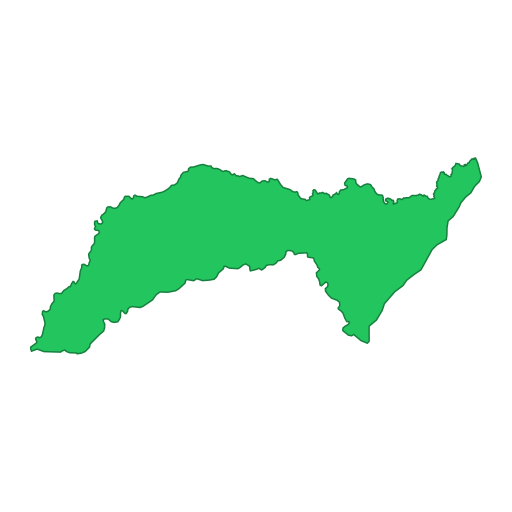 San Ramon, Canelones, Uruguay
{"feature_id": "84410073B4284999044109", "entity_name": "San Ramon", "entity_type": "district", "adm_level": 2, "iso_a3": "URY", "parent_name": "Uruguay", "parent_adm1": "Canelones", "projection": "orthographic", "projection_center": [-55.941, -34.32], "detail": "fine", "context": "isolated", "style": "filled", "palette": "green", "viewbox_px": 512, "rotation_deg": 0, "n_neighbors": 0, "source": "geoboundaries", "source_scale": "gbopen_adm2", "svg_char_len": 6037}
<svg xmlns="http://www.w3.org/2000/svg" viewBox="0 0 512 512"><path d="M475.6,158.2L474.8,158.9L474.3,158.2L473.9,158.3L473.4,159.4L472.1,158.8L469.7,161.3L469.1,162.7L467.7,163.2L466.6,165.3L465.7,165.5L465.3,164.5L464.3,164.8L464.4,165.9L463.9,166.4L461.1,165.9L459.6,164.9L459.1,164.0L456.0,163.4L455.1,165.7L452.5,167.8L452.4,168.6L452.0,168.8L452.4,169.1L452.5,170.0L451.9,173.9L451.0,174.5L451.2,175.6L450.7,176.5L448.9,176.6L447.7,175.5L446.6,175.1L446.0,174.3L444.5,174.3L444.2,173.8L444.3,172.7L443.2,171.8L442.6,172.4L441.6,172.0L440.5,172.6L440.0,174.4L439.0,176.5L439.1,177.7L438.2,178.5L438.2,180.1L436.6,182.2L437.0,184.9L436.6,186.2L437.4,186.7L437.7,187.6L437.4,188.3L436.1,189.0L436.1,189.7L434.9,190.7L434.7,192.1L433.5,194.1L434.3,195.3L433.8,196.4L434.7,198.0L434.4,198.5L430.6,199.4L429.5,199.2L427.7,197.7L427.4,196.4L426.1,196.3L424.1,195.0L423.1,196.1L421.2,194.7L419.5,194.2L418.2,195.1L415.9,195.6L412.0,195.5L409.5,197.4L408.5,197.8L406.1,197.7L405.0,198.2L403.8,197.9L402.0,199.6L400.7,199.0L398.3,198.8L397.6,199.2L397.2,200.3L397.2,202.7L393.6,204.1L393.2,203.5L393.8,202.1L393.4,200.5L392.9,200.2L391.9,200.4L390.4,198.9L388.0,198.2L386.2,198.7L385.4,200.2L385.7,200.8L387.8,201.8L387.9,202.3L387.5,203.2L386.2,204.2L385.0,203.7L383.3,201.2L383.1,197.2L382.5,195.5L381.9,195.1L378.5,194.9L376.5,193.7L374.7,191.2L374.1,189.1L371.7,186.6L370.7,184.8L369.0,184.1L367.1,183.9L364.1,184.9L361.0,186.9L359.8,186.7L356.4,183.7L355.8,182.5L355.6,179.9L354.0,179.0L349.3,178.3L347.7,178.7L344.6,183.1L345.1,185.4L347.2,186.0L347.4,187.7L343.6,189.7L340.7,190.0L339.3,191.8L339.2,193.5L338.6,194.3L337.6,194.1L336.4,192.7L335.5,193.9L333.1,195.0L332.5,196.6L330.8,197.6L330.1,197.1L329.2,195.0L326.2,193.3L324.6,193.6L322.6,192.4L321.0,193.1L319.5,192.9L318.7,193.7L317.7,193.8L315.2,190.1L314.0,189.7L312.9,190.7L313.3,192.2L312.5,193.5L312.9,195.0L312.6,195.7L309.7,197.2L309.5,197.7L309.9,199.1L309.5,199.7L306.7,200.5L306.1,200.4L304.9,199.2L301.9,198.9L300.4,198.1L298.1,194.9L297.8,192.9L297.2,191.9L296.4,191.7L295.1,192.2L292.5,191.5L291.0,190.2L288.9,189.2L283.1,187.5L280.6,184.6L278.0,180.2L277.0,179.2L275.1,179.9L270.7,178.4L269.3,179.2L269.2,181.4L268.5,182.1L266.6,181.8L265.7,181.0L264.0,180.7L261.7,181.3L260.1,182.8L258.9,182.9L256.9,181.8L253.3,178.6L249.2,178.3L242.7,175.5L239.5,176.6L238.6,176.0L236.1,175.7L234.4,173.8L232.2,174.9L230.7,173.8L229.9,172.4L228.8,171.5L227.9,171.5L226.5,170.7L224.5,170.9L223.3,171.5L221.8,171.1L220.4,169.9L218.3,168.9L216.2,168.4L214.4,168.7L212.8,168.1L211.6,167.4L211.2,166.2L210.7,166.0L208.3,166.1L203.1,164.5L200.0,165.0L193.2,167.1L190.6,167.1L188.7,168.6L188.4,169.3L188.6,170.3L188.0,171.3L183.4,172.4L181.1,175.0L180.4,177.4L179.1,178.9L177.3,182.8L174.8,184.9L171.4,185.4L169.9,187.4L167.8,189.1L164.3,191.3L161.9,192.3L156.2,193.5L152.9,195.2L151.1,195.2L146.4,197.4L144.6,197.7L142.5,196.7L136.8,196.3L135.5,195.2L134.8,195.2L133.8,195.9L133.3,198.2L131.8,199.0L128.8,196.3L125.4,196.3L124.7,196.7L123.5,199.7L120.3,202.7L119.0,205.3L117.2,207.6L115.0,208.3L112.8,208.1L110.6,206.9L109.6,206.8L107.9,207.0L107.0,207.5L106.1,209.9L106.2,211.0L104.4,213.3L101.8,215.3L100.8,217.1L100.8,218.1L102.6,221.5L102.6,222.6L102.2,223.2L100.9,224.0L98.5,223.7L97.8,223.0L97.3,220.9L94.9,221.3L94.5,222.8L94.7,225.0L95.6,226.7L94.6,228.3L94.5,229.2L95.5,230.1L98.5,230.5L99.0,230.9L99.2,232.6L98.9,233.5L95.1,236.1L94.6,237.2L94.6,241.9L94.3,243.6L92.2,245.8L91.3,247.7L91.5,249.2L91.0,250.9L88.9,253.6L88.7,255.2L89.3,258.5L90.3,260.1L89.1,262.9L88.8,264.7L88.2,265.6L87.5,265.8L86.6,265.7L83.8,264.2L82.1,264.6L81.7,265.5L81.7,267.7L80.3,271.0L79.2,279.0L76.3,283.4L75.3,283.8L74.6,283.3L73.8,281.6L73.0,281.5L71.6,283.6L70.4,286.6L69.1,286.6L66.9,288.6L63.7,290.6L61.7,293.3L59.7,293.7L57.1,293.0L55.3,293.4L54.5,294.1L53.9,295.1L54.1,300.8L53.8,301.6L52.1,303.4L50.4,306.7L50.3,308.9L49.4,310.1L47.4,311.6L45.3,311.7L43.6,310.7L42.6,311.4L42.2,314.4L43.3,316.0L45.0,322.9L44.8,325.4L44.0,327.2L42.5,334.2L41.6,336.2L40.7,337.3L39.6,337.6L37.8,337.0L36.2,337.6L35.7,338.4L35.7,339.4L36.8,341.5L36.5,342.9L30.7,347.1L30.8,349.2L31.5,351.2L37.1,349.1L44.0,351.6L60.4,352.1L62.5,350.8L64.9,350.0L66.4,351.5L69.6,352.7L76.5,353.0L77.1,353.8L81.1,353.2L85.1,351.6L89.5,347.2L90.1,344.0L99.7,334.4L103.6,331.1L104.6,327.8L104.7,323.9L103.6,321.9L103.2,319.6L104.5,319.0L106.6,318.9L108.2,319.1L111.3,321.7L114.0,322.4L117.8,321.8L119.5,319.2L120.5,316.8L120.5,313.1L121.1,310.7L122.6,310.8L124.8,313.4L126.2,313.6L127.5,311.5L128.0,308.9L129.9,307.2L132.4,306.6L140.1,307.5L142.7,306.5L152.4,300.0L156.1,294.8L159.9,292.0L168.0,292.2L175.8,290.7L178.8,288.8L185.0,283.2L185.8,280.0L187.4,279.6L193.7,280.7L196.8,278.7L202.5,280.6L208.5,280.2L214.0,279.3L216.6,276.8L218.5,273.0L223.3,268.8L224.2,266.3L225.6,266.3L229.3,268.1L237.8,268.7L239.6,267.8L243.3,264.8L246.0,263.9L249.7,266.5L249.9,269.7L250.4,270.9L256.4,269.4L258.8,268.3L261.7,270.0L265.1,267.5L266.3,265.5L269.0,264.7L273.4,264.8L275.9,263.2L277.7,260.9L280.6,260.3L284.1,257.4L285.8,254.0L285.8,252.0L287.8,250.4L292.0,250.9L293.8,252.5L294.3,254.3L295.5,254.6L298.3,253.3L306.7,252.8L307.5,254.0L307.5,256.5L308.0,257.2L313.3,257.9L313.9,258.9L314.5,261.3L317.0,264.9L317.7,267.2L319.5,268.8L319.4,270.0L316.4,272.8L316.8,276.4L318.6,278.9L319.5,281.4L320.1,285.1L321.4,285.8L325.9,282.0L327.6,282.8L328.0,284.9L327.6,286.6L325.3,288.7L325.6,291.3L328.6,295.4L331.6,298.2L337.2,300.3L339.4,302.2L339.8,304.3L339.5,306.4L338.2,307.8L338.4,309.1L340.7,310.7L342.9,313.0L344.9,318.3L346.9,321.7L348.7,321.5L349.4,322.6L348.2,324.5L345.3,326.1L343.0,328.0L342.8,330.6L348.3,335.1L351.6,335.8L353.7,334.5L361.0,340.6L367.3,343.2L369.1,341.3L369.1,326.2L376.4,320.1L382.2,310.4L384.4,303.7L394.9,291.6L402.9,285.7L406.8,280.1L414.5,274.2L421.0,269.8L432.1,249.6L437.0,244.8L446.3,239.5L446.9,234.6L447.0,227.8L448.1,220.9L453.1,216.6L459.1,207.0L460.8,202.9L465.7,197.0L470.8,192.9L474.7,186.2L479.4,181.5L481.3,176.9L477.6,162.8L475.6,158.2Z" fill="#22c55e" stroke="#15803d" stroke-width="1.5"/></svg>